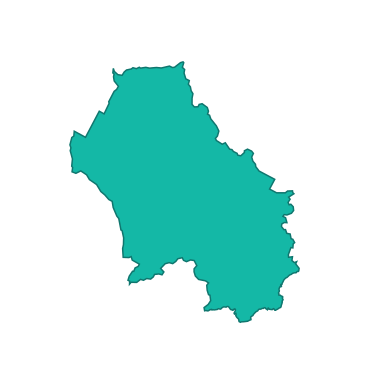 outline of Custer, Idaho, United States of America, rotated 208°
{"feature_id": "52423323B74460459813607", "entity_name": "Custer", "entity_type": "district", "adm_level": 2, "iso_a3": "USA", "parent_name": "United States of America", "parent_adm1": "Idaho", "projection": "natural_earth1", "projection_center": [-114.656, 44.224], "detail": "fine", "context": "isolated", "style": "filled", "palette": "teal", "viewbox_px": 384, "rotation_deg": 208, "n_neighbors": 0, "source": "geoboundaries", "source_scale": "gbopen_adm2", "svg_char_len": 4260}
<svg xmlns="http://www.w3.org/2000/svg" viewBox="0 0 384 384"><g transform="rotate(208 192 192)"><path d="M125.2,93.2L125.1,93.4L124.1,93.7L123.5,94.1L122.8,94.2L121.9,94.7L121.3,95.6L120.9,96.6L120.0,96.9L119.9,97.4L119.4,97.5L119.3,97.2L118.6,97.5L118.0,98.0L117.1,98.3L116.0,99.1L114.5,100.2L114.0,101.3L112.8,101.7L112.1,101.8L111.4,102.7L111.4,103.4L110.7,104.6L110.4,105.1L109.9,105.6L108.8,106.0L108.2,106.2L107.6,106.6L107.6,107.0L106.8,107.7L106.0,107.9L105.0,107.5L104.0,107.0L103.1,106.5L102.1,106.4L101.6,106.7L100.9,106.7L100.5,106.7L100.1,107.2L100.3,107.8L99.6,108.4L99.3,108.9L98.5,108.6L98.1,107.8L98.0,106.5L98.0,105.7L98.0,104.8L97.2,104.2L96.8,104.8L96.3,105.4L95.6,104.5L95.3,103.4L93.9,102.5L92.5,102.0L91.7,101.9L91.0,101.4L90.1,100.3L89.6,99.7L88.1,99.7L87.5,100.5L85.5,101.7L83.9,102.8L82.2,104.0L81.0,105.8L80.5,106.3L80.0,106.9L80.3,107.6L81.1,108.2L81.4,109.5L80.2,111.6L80.3,112.6L80.0,113.9L79.7,114.9L79.4,116.1L78.8,117.0L78.2,117.9L78.1,119.1L77.8,119.9L77.2,120.4L76.5,120.7L75.9,121.3L75.5,122.1L74.2,122.8L73.9,123.8L73.0,124.1L72.0,123.6L71.3,123.6L70.9,123.5L70.1,123.4L70.2,124.4L70.2,125.3L69.4,125.2L68.9,124.7L67.5,125.2L66.2,125.7L65.7,126.1L65.5,127.1L65.3,127.3L64.8,127.3L64.3,127.0L63.3,126.5L62.6,126.9L62.3,127.7L61.5,128.6L61.1,129.4L60.5,130.6L59.6,131.6L59.5,132.4L59.9,133.7L60.0,134.2L60.1,135.0L60.3,136.0L60.4,136.7L60.9,137.1L60.9,137.7L61.3,138.7L61.0,139.3L61.2,139.9L62.0,140.3L62.6,141.1L62.5,141.8L62.9,142.2L63.3,142.2L64.2,142.1L64.8,142.1L65.7,142.3L66.4,141.9L67.0,141.8L67.3,142.4L67.5,143.0L68.0,143.2L68.3,143.6L68.3,144.1L68.3,145.1L68.5,145.8L69.3,146.6L69.7,147.4L69.8,148.3L69.9,149.4L68.9,150.2L68.8,150.8L69.4,151.0L69.9,151.2L70.1,151.9L69.4,152.1L69.2,152.9L69.5,153.3L69.5,155.1L69.6,157.8L68.9,160.0L68.0,161.2L66.9,164.5L65.8,165.7L64.9,167.5L63.7,168.7L62.5,169.4L62.0,169.9L62.1,170.6L61.4,171.6L60.8,171.8L60.7,172.4L61.6,174.9L66.7,177.2L66.9,179.6L68.5,177.7L71.6,178.4L72.9,182.0L76.1,179.7L77.5,181.9L78.6,189.3L76.7,190.0L78.3,193.7L77.6,195.5L80.8,197.6L82.6,197.3L85.6,201.0L88.9,200.0L91.8,202.7L93.2,201.9L96.8,203.5L97.7,205.9L96.3,208.3L93.8,209.5L97.3,213.2L100.3,213.2L100.0,215.3L97.4,216.3L94.2,219.9L93.6,223.4L95.7,226.5L99.0,227.6L100.2,226.3L102.3,227.9L102.0,231.7L104.3,232.8L101.2,238.3L102.8,238.8L103.8,240.2L108.1,237.7L109.2,235.1L116.9,231.0L124.9,231.0L124.9,242.0L142.6,242.0L147.6,244.3L149.0,246.3L152.7,247.8L155.7,250.9L155.9,254.9L158.6,256.1L163.1,255.9L165.1,253.0L164.3,251.5L165.9,246.9L168.9,246.0L170.3,247.3L174.4,247.2L176.6,248.2L178.9,247.5L185.7,251.1L187.8,248.4L194.6,248.9L196.5,250.3L195.8,253.3L196.9,258.4L201.5,261.8L209.8,265.4L212.5,268.0L214.8,268.0L215.4,271.1L218.2,273.8L224.5,274.7L226.8,272.7L226.7,270.1L229.9,268.2L233.1,269.4L236.0,274.9L237.3,279.2L240.3,281.0L242.8,284.1L245.8,285.4L246.7,289.1L250.6,289.0L254.9,293.3L256.0,296.7L259.0,297.5L260.0,302.3L261.0,302.7L262.9,300.8L266.0,293.9L267.8,292.7L271.0,292.6L277.3,287.1L281.9,285.2L287.7,281.4L291.3,280.4L295.6,277.2L297.1,277.4L299.0,274.8L302.5,274.0L303.4,272.1L307.1,269.0L308.2,266.2L308.5,262.2L312.5,260.8L317.2,262.0L319.5,264.2L317.8,260.0L316.1,259.5L315.4,256.9L312.8,253.5L306.6,250.8L306.7,247.2L308.0,244.3L307.9,232.6L306.8,231.4L306.3,219.7L311.8,219.8L311.7,190.3L324.5,190.4L322.6,185.9L323.7,183.7L321.9,176.3L319.6,174.1L318.9,171.3L313.1,165.1L310.3,158.3L308.9,157.6L307.4,153.5L303.3,154.0L300.1,158.4L293.1,157.7L288.4,154.8L279.7,153.8L272.7,149.6L267.6,148.5L261.9,146.3L258.1,146.3L254.3,141.3L247.0,135.4L244.2,134.2L236.9,125.1L235.6,125.1L230.8,119.4L227.8,113.3L226.7,109.5L222.1,102.0L216.9,104.5L215.4,106.4L212.8,103.8L204.6,103.6L204.6,101.0L206.6,98.3L206.2,94.6L207.3,94.1L207.9,88.2L207.1,84.0L205.2,84.0L203.9,81.3L203.4,83.7L198.4,86.2L196.4,90.7L193.4,91.3L191.4,94.3L187.6,95.7L186.3,98.9L186.4,101.6L182.8,104.1L179.6,104.8L179.3,108.2L183.8,109.8L182.0,116.1L179.0,118.9L175.4,119.7L173.7,123.1L173.2,126.4L169.8,129.4L167.4,127.7L164.2,127.9L161.4,131.3L157.9,132.5L153.2,129.2L154.1,125.2L152.7,122.5L149.6,119.4L145.1,117.9L138.4,119.9L134.7,119.5L135.2,116.6L132.5,112.4L129.2,109.1L127.7,109.3L124.5,104.8L124.9,100.3L127.1,95.6L125.2,93.2Z" fill="#14b8a6" stroke="#0f766e" stroke-width="1.5"/></g></svg>